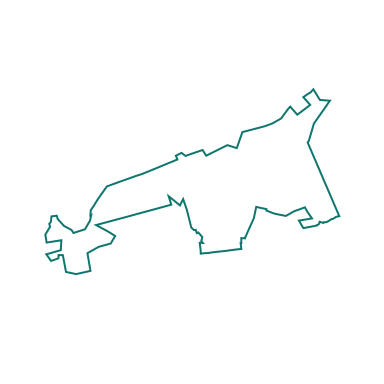 outline of Villa Pesqueira, Sonora, Mexico, rotated 255°
{"feature_id": "50627088B53796408252368", "entity_name": "Villa Pesqueira", "entity_type": "district", "adm_level": 2, "iso_a3": "MEX", "parent_name": "Mexico", "parent_adm1": "Sonora", "projection": "albers", "projection_center": [-110.005, 29.14], "detail": "fine", "context": "isolated", "style": "outline", "palette": "teal", "viewbox_px": 384, "rotation_deg": 255, "n_neighbors": 0, "source": "geoboundaries", "source_scale": "gbopen_adm2", "svg_char_len": 2421}
<svg xmlns="http://www.w3.org/2000/svg" viewBox="0 0 384 384"><g transform="rotate(255 192 192)"><path d="M209.4,316.6L209.7,316.6L210.0,316.6L210.3,316.8L210.5,317.2L210.8,317.7L211.2,318.1L226.6,327.5L227.6,328.7L238.8,342.1L244.5,348.8L247.8,339.4L259.8,335.8L257.6,332.5L256.5,328.6L254.8,324.1L245.5,328.7L239.4,313.7L249.0,309.0L247.6,306.7L247.4,306.4L245.9,304.5L240.0,297.2L237.4,287.4L236.7,279.3L236.7,277.9L236.7,277.2L236.8,260.2L236.8,256.2L222.8,246.6L228.1,238.3L223.4,215.1L229.8,213.1L228.9,199.4L228.5,195.1L232.5,192.0L231.8,188.8L231.2,185.8L227.2,186.3L225.6,174.0L224.7,167.3L222.9,153.2L222.3,148.3L222.0,141.9L220.6,124.3L219.4,111.2L209.4,99.2L203.6,93.0L200.6,89.5L195.8,87.8L195.9,88.8L190.5,85.9L190.1,85.4L183.7,79.0L183.1,66.9L186.5,65.8L192.3,59.6L200.7,55.3L204.1,55.2L204.8,50.0L199.5,47.8L198.2,45.9L195.2,45.9L188.8,39.3L180.8,38.5L179.2,53.3L169.8,50.2L169.5,35.2L161.9,38.0L162.5,45.8L165.6,46.8L164.4,50.9L147.4,49.6L142.7,58.8L142.4,65.3L142.1,73.5L160.0,75.2L160.3,76.4L163.2,87.8L163.2,94.1L163.3,100.2L169.4,106.4L174.9,101.3L175.1,101.0L176.1,100.1L184.9,90.8L184.9,99.4L184.9,99.9L184.9,124.0L185.0,135.7L185.0,141.9L185.0,146.3L185.1,168.7L193.9,168.4L182.2,176.9L187.4,181.6L176.1,182.4L174.7,182.4L163.8,182.2L157.9,182.1L155.4,183.6L155.2,183.7L154.7,184.0L154.5,185.8L151.0,186.0L151.3,187.6L145.8,190.3L142.3,188.3L140.0,189.3L140.9,186.3L139.4,186.1L137.4,185.8L137.2,185.8L136.2,185.6L135.7,185.6L131.7,184.9L130.2,184.5L129.7,188.0L129.4,189.8L128.9,191.5L128.4,196.3L126.6,208.2L126.3,210.0L124.9,220.9L124.2,224.9L130.1,225.8L129.9,226.4L134.7,227.7L133.5,231.3L135.1,232.0L135.3,232.5L139.1,235.5L150.6,244.9L161.0,250.2L158.4,255.1L157.9,256.1L156.8,258.3L156.1,259.5L154.8,259.1L154.3,259.8L152.6,262.1L150.7,264.6L149.2,267.1L145.4,274.8L144.6,276.5L144.7,276.8L145.1,278.4L146.0,282.1L146.2,282.6L146.6,284.2L146.9,285.4L147.0,286.2L147.1,287.2L147.3,289.9L147.4,291.5L148.0,297.1L143.1,298.3L136.9,300.5L136.6,300.7L135.7,301.0L135.4,301.1L136.7,287.9L128.3,290.2L127.6,299.4L127.3,303.7L127.8,304.2L127.8,305.3L127.8,305.6L128.0,306.0L128.6,306.7L128.8,306.8L130.2,307.5L128.3,310.7L128.1,311.0L128.7,311.6L128.2,313.3L128.1,314.4L129.2,318.4L129.7,319.6L129.6,321.2L129.9,322.5L130.7,324.8L130.5,328.0L161.1,323.6L168.9,322.4L175.0,321.6L176.1,321.4L182.0,320.6L183.8,320.3L186.0,320.0L209.4,316.6Z" fill="none" stroke="#0f766e" stroke-width="2"/></g></svg>